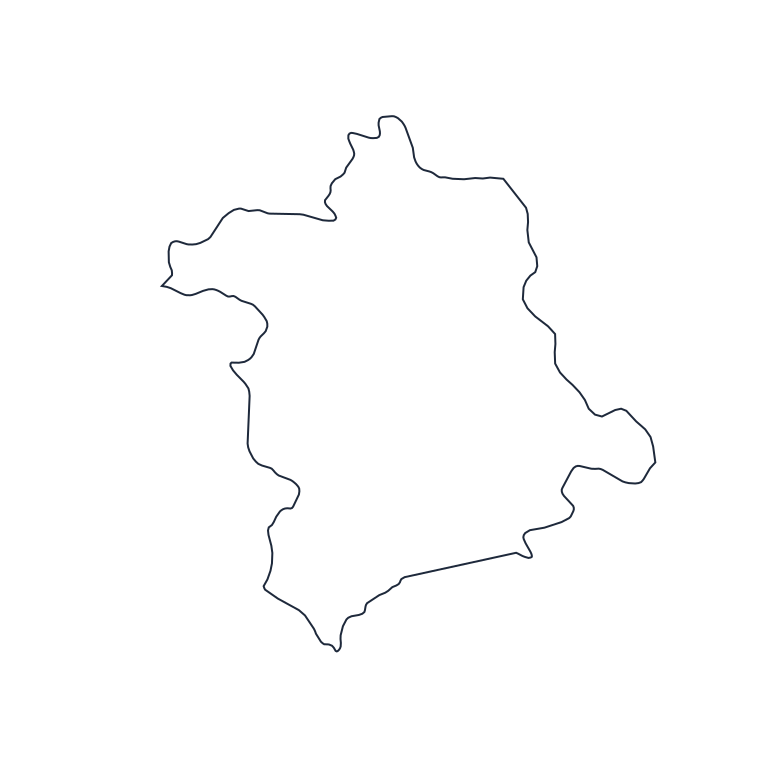 SVG path tracing the border of Prachin Buri, rotated 316°
{"feature_id": "THA-410", "entity_name": "Prachin Buri", "entity_type": "Province", "adm_level": 1, "iso_a3": "THA", "parent_name": "Thailand", "parent_adm1": "", "projection": "equal_earth", "projection_center": [101.594, 14.089], "detail": "fine", "context": "isolated", "style": "outline", "palette": "slate", "viewbox_px": 768, "rotation_deg": 316, "n_neighbors": 0, "source": "natural_earth", "source_scale": "10m", "svg_char_len": 4246}
<svg xmlns="http://www.w3.org/2000/svg" viewBox="0 0 768 768"><g transform="rotate(316 384 384)"><path d="M165.6,544.0L164.3,543.6L163.8,542.4L164.7,538.8L164.8,536.2L163.5,533.2L162.2,531.7L160.2,529.7L159.8,528.0L159.6,525.6L161.6,516.3L162.5,514.4L163.3,512.2L163.6,511.1L166.4,495.6L165.7,487.6L158.6,464.7L155.6,449.4L156.0,447.9L157.0,445.8L164.4,443.6L172.6,439.5L178.8,435.2L186.3,428.0L190.6,422.1L196.1,412.3L198.8,408.8L201.5,407.1L205.4,407.6L208.9,406.7L214.3,404.6L220.6,403.4L222.3,403.5L224.3,403.9L226.1,404.7L227.4,405.6L228.5,406.6L230.2,408.6L231.7,409.3L233.4,409.1L246.0,404.4L248.6,402.4L250.3,400.4L250.9,398.7L251.1,397.2L251.2,394.9L251.0,392.5L250.7,390.3L250.1,388.0L244.7,376.7L244.3,374.5L244.2,371.9L244.4,369.4L244.4,366.9L243.7,365.1L239.6,357.9L238.1,354.1L237.9,350.8L238.2,346.7L240.5,339.0L242.3,335.2L244.5,332.1L279.1,299.2L281.7,295.9L283.4,293.0L284.4,287.6L284.6,284.9L284.5,275.1L284.9,269.3L286.1,264.3L287.8,262.7L289.2,262.7L294.4,267.9L299.1,271.2L303.0,272.4L305.1,272.7L307.2,272.7L311.2,271.9L324.5,265.0L326.4,264.4L328.3,264.1L332.8,264.1L335.6,263.8L339.9,261.7L341.9,259.6L343.3,257.3L344.4,252.7L344.8,250.0L345.1,238.5L344.8,235.9L344.0,233.9L339.3,225.2L338.6,223.0L337.7,218.1L336.9,216.2L335.5,215.0L334.0,214.1L332.6,212.8L331.9,211.0L330.2,203.9L329.4,201.6L328.6,199.8L327.6,198.0L326.4,196.5L323.5,194.0L318.5,191.3L311.2,188.4L307.7,186.6L306.2,185.5L303.6,182.9L302.5,181.2L300.8,177.3L297.2,167.0L295.2,163.2L292.3,159.2L307.0,158.5L308.5,157.1L310.3,154.8L311.6,151.3L313.8,147.0L321.2,139.0L325.1,136.2L328.8,134.8L331.0,135.3L332.8,136.2L334.2,137.4L335.3,139.0L339.2,146.3L340.3,147.8L343.0,150.5L346.0,152.9L349.9,154.9L358.1,157.6L361.2,157.7L383.4,152.6L391.0,153.2L397.0,154.5L401.5,157.1L402.9,158.4L406.7,165.5L413.6,170.9L415.3,172.7L418.9,180.4L420.0,181.9L441.3,203.3L443.6,206.2L453.7,223.7L457.4,227.9L461.1,231.4L463.3,231.9L465.1,231.2L466.0,229.2L466.7,227.0L466.9,224.3L466.6,216.4L467.0,214.0L467.8,212.2L469.3,210.8L474.6,210.1L476.9,209.6L478.7,208.8L480.2,207.6L481.4,206.1L483.1,204.5L485.9,203.4L491.2,202.8L496.9,204.6L500.3,204.8L502.4,204.6L507.1,202.1L517.7,200.2L519.5,199.6L521.2,198.8L522.6,197.6L523.6,196.0L524.6,194.1L526.7,187.6L527.7,185.1L528.8,182.7L531.2,180.3L533.1,179.9L534.8,180.5L536.0,181.9L538.2,185.2L544.1,196.1L545.4,198.0L547.2,199.8L549.8,202.0L552.0,202.6L553.8,202.0L555.2,200.9L556.5,199.4L559.8,194.2L561.6,192.3L564.8,190.2L566.7,190.3L568.4,190.9L575.7,196.8L577.1,198.3L578.0,200.2L578.7,202.4L579.1,207.6L578.7,210.2L578.2,212.5L577.5,214.6L568.8,234.1L563.1,241.9L561.3,245.8L560.6,248.1L560.2,250.5L560.1,253.1L560.5,255.5L561.2,257.6L564.3,262.7L565.2,264.5L565.9,266.7L566.8,271.7L567.5,273.7L568.5,275.0L570.0,276.3L571.6,277.9L575.9,284.0L583.8,292.3L592.7,299.2L597.8,304.8L603.7,309.2L612.4,319.3L608.6,355.9L605.5,361.5L600.1,367.6L594.1,372.8L586.5,382.7L581.7,398.8L576.1,405.7L570.5,408.6L564.6,407.7L558.1,408.5L551.7,411.3L542.7,419.5L539.8,429.2L539.7,440.4L542.1,456.5L541.8,466.9L535.1,474.3L528.9,479.7L521.3,488.2L518.6,498.0L518.4,507.6L519.0,515.6L518.9,525.7L517.4,535.1L514.1,544.0L514.5,552.6L518.2,558.8L532.2,563.3L537.4,566.5L539.7,571.6L539.4,586.0L540.4,598.1L538.9,607.3L534.2,615.9L524.7,628.9L516.8,629.4L504.8,632.8L502.8,633.1L500.8,633.2L498.3,632.1L495.6,630.1L491.3,625.4L489.3,622.4L487.9,619.7L481.7,597.7L480.8,595.7L479.7,594.1L476.9,591.7L474.3,589.0L467.8,578.9L466.5,577.5L464.7,576.5L462.1,576.1L457.9,576.9L440.1,582.7L438.4,583.5L437.1,585.0L436.2,586.9L435.7,589.6L435.4,603.1L434.6,604.8L433.4,606.1L431.8,607.0L426.3,609.0L424.2,609.1L415.9,606.7L399.6,598.8L387.4,590.5L382.0,589.3L379.6,589.8L377.8,591.0L376.8,592.6L375.2,597.0L372.8,606.4L372.1,608.4L371.3,609.9L370.7,610.6L370.4,610.9L369.9,611.0L368.8,610.6L367.1,609.5L365.2,606.2L364.1,603.8L362.6,599.2L361.8,597.2L264.7,537.3L261.0,536.4L259.3,536.9L257.7,537.7L255.6,538.1L252.9,537.5L248.9,535.9L243.4,535.7L239.9,535.0L234.0,532.6L219.6,529.9L217.6,530.4L216.2,531.2L213.1,533.5L211.5,534.4L208.8,534.2L205.5,532.7L199.3,528.5L195.9,527.3L193.4,527.3L186.2,529.7L178.3,534.6L175.6,537.2L173.1,540.3L170.5,542.7L168.9,543.5L167.4,543.9L165.6,544.0Z" fill="none" stroke="#1e293b" stroke-width="2"/></g></svg>